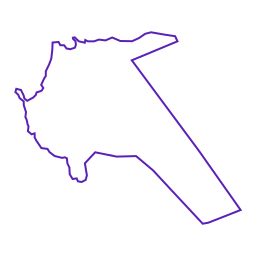 outline of Turtkul, Karakalpakstan, Uzbekistan
{"feature_id": "79887680B61567760278746", "entity_name": "Turtkul", "entity_type": "district", "adm_level": 2, "iso_a3": "UZB", "parent_name": "Uzbekistan", "parent_adm1": "Karakalpakstan", "projection": "equal_earth", "projection_center": [61.273, 41.464], "detail": "fine", "context": "isolated", "style": "outline", "palette": "violet", "viewbox_px": 256, "rotation_deg": 0, "n_neighbors": 0, "source": "geoboundaries", "source_scale": "gbopen_adm2", "svg_char_len": 1078}
<svg xmlns="http://www.w3.org/2000/svg" viewBox="0 0 256 256"><path d="M240.6,210.0L199.2,151.2L131.8,60.3L177.5,41.3L175.1,36.2L164.4,34.6L151.1,32.3L145.2,33.8L139.1,38.0L132.1,41.2L120.3,41.0L112.2,37.5L105.5,40.4L98.9,39.6L94.1,41.3L87.8,41.3L85.3,40.0L84.8,42.7L78.8,41.3L74.8,37.4L72.9,37.7L73.2,39.1L75.5,41.2L75.9,44.9L74.9,47.7L70.3,49.2L66.5,48.5L64.2,45.3L60.3,45.2L58.6,42.0L52.6,42.5L52.3,49.8L51.3,58.5L49.1,64.5L45.8,71.2L45.8,76.0L44.2,78.3L41.2,84.9L43.3,88.0L41.5,90.8L36.6,92.4L35.7,95.1L33.1,97.6L27.2,100.8L24.4,98.5L23.7,95.6L21.0,90.0L16.3,88.8L15.4,92.1L18.2,94.7L19.7,98.2L23.7,101.3L23.8,105.3L26.0,112.0L25.4,117.2L26.6,119.6L27.7,124.7L28.5,126.3L27.9,131.2L31.6,134.3L34.6,133.4L34.7,137.5L36.2,140.4L40.3,146.5L41.4,148.1L47.5,148.9L49.5,152.1L54.6,156.0L62.2,157.9L64.7,157.3L66.9,158.3L67.4,163.4L69.4,167.5L69.7,174.2L72.6,179.0L76.7,178.4L77.9,181.3L81.6,182.0L85.6,180.0L86.9,175.4L84.9,163.3L95.2,152.3L116.6,156.6L136.1,156.1L153.2,170.5L170.9,189.6L202.7,223.7L208.3,222.7L240.6,210.0Z" fill="none" stroke="#5b21b6" stroke-width="2"/></svg>